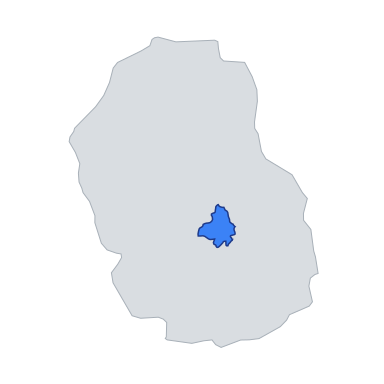 location of Dolneni within North Macedonia, rotated 264°
{"feature_id": "MKD-2928", "entity_name": "Dolneni", "entity_type": "Statistical Region", "adm_level": 1, "iso_a3": "MKD", "parent_name": "North Macedonia", "parent_adm1": "", "projection": "natural_earth1", "projection_center": [21.402, 41.472], "detail": "fine", "context": "in_parent", "style": "filled", "palette": "blue", "viewbox_px": 384, "rotation_deg": 264, "n_neighbors": 0, "source": "natural_earth", "source_scale": "10m", "svg_char_len": 2568}
<svg xmlns="http://www.w3.org/2000/svg" viewBox="0 0 384 384"><g transform="rotate(264 192 192)"><path d="M171.7,92.2L178.6,93.0L193.4,89.1L202.7,83.6L207.4,82.8L213.7,80.7L222.7,81.0L231.9,83.4L243.5,80.2L254.9,75.1L259.5,76.4L264.5,80.7L267.7,81.9L286.8,105.0L297.2,114.3L309.5,121.4L323.5,126.6L328.6,131.5L337.6,156.1L341.9,165.4L347.9,168.2L349.3,170.8L349.6,174.4L343.0,191.7L340.6,230.4L338.9,233.4L331.9,233.3L322.6,234.1L319.0,237.1L315.4,257.9L300.4,263.9L286.9,267.2L275.4,266.5L255.2,261.5L248.7,261.0L243.0,263.8L225.1,265.3L217.2,268.9L198.7,293.3L179.9,301.7L173.5,306.0L159.1,300.6L152.2,300.0L142.3,306.3L120.5,306.9L114.6,308.0L97.8,308.9L97.1,305.6L94.0,300.7L86.2,298.4L70.2,300.3L66.3,296.7L59.8,276.1L54.7,272.7L48.9,265.8L39.2,243.3L39.0,233.5L39.7,224.9L34.4,204.7L37.7,199.6L42.8,196.4L42.8,188.3L41.5,176.0L47.5,151.9L49.1,150.1L50.6,151.3L64.9,153.2L68.6,150.1L71.0,145.4L71.8,127.7L75.2,119.5L109.9,104.0L120.1,103.4L127.9,110.6L134.1,115.1L137.8,115.0L139.1,110.4L143.3,101.5L150.5,96.5L171.5,92.2L171.7,92.2Z" fill="#d9dde1" stroke="#a8b0b8" stroke-width="1"/><path d="M142.9,209.6L142.8,207.9L142.8,205.5L143.1,204.4L143.8,203.3L144.5,202.5L145.6,201.2L146.5,200.2L147.3,198.4L147.4,195.5L147.6,193.6L148.2,193.6L148.6,193.6L149.6,193.6L151.3,194.1L152.6,194.5L154.6,195.3L155.6,196.4L156.0,197.7L156.6,198.7L157.3,199.3L158.6,199.7L159.2,201.2L159.5,203.0L159.5,205.1L159.7,206.7L160.5,208.0L161.3,208.9L162.6,209.6L163.8,209.6L165.0,209.6L165.7,209.5L166.5,208.9L167.3,208.9L168.1,209.1L168.4,209.8L168.8,210.9L169.0,212.1L169.4,212.7L170.2,213.1L171.4,213.3L173.2,213.8L174.7,214.1L175.8,215.0L176.6,216.2L176.7,216.8L175.3,217.4L174.4,218.4L173.6,220.3L173.4,222.1L172.2,222.5L170.7,223.0L169.2,224.8L167.9,225.4L163.9,225.6L162.7,225.9L161.0,226.4L159.5,226.4L158.4,226.4L157.8,226.9L156.9,227.7L156.1,228.7L155.6,229.6L154.7,229.8L154.1,230.3L153.4,230.8L153.0,231.2L152.8,230.8L151.4,230.0L150.5,229.9L149.8,229.9L148.7,230.1L147.8,230.4L146.8,230.5L146.2,230.5L145.5,230.3L145.2,229.6L145.0,228.5L144.8,227.2L144.6,226.3L144.5,225.8L143.7,225.5L143.1,225.7L142.2,226.5L141.4,226.6L140.8,227.0L140.7,227.4L139.7,226.9L139.3,226.0L137.8,224.6L136.2,222.7L134.8,222.1L134.8,221.0L135.3,220.4L136.5,220.3L137.6,220.4L139.5,220.5L139.6,219.3L139.6,218.8L139.2,217.9L138.4,217.4L136.5,215.3L135.0,213.4L134.4,212.4L134.3,212.1L134.3,211.2L134.5,210.9L135.4,210.3L136.2,210.3L136.9,209.9L137.4,208.9L137.9,208.3L139.4,208.0L140.6,208.5L141.3,208.9L142.3,209.4L142.9,209.6Z" fill="#3b82f6" stroke="#1e3a8a" stroke-width="1.5"/></g></svg>